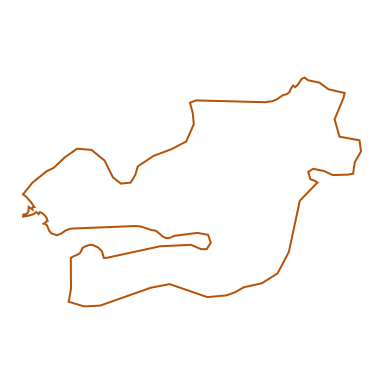 map outline of Kocaeli (Natural Earth projection)
{"feature_id": "TUR-2266", "entity_name": "Kocaeli", "entity_type": "Province", "adm_level": 1, "iso_a3": "TUR", "parent_name": "Turkey", "parent_adm1": "", "projection": "natural_earth1", "projection_center": [29.739, 40.883], "detail": "fine", "context": "isolated", "style": "outline", "palette": "amber", "viewbox_px": 384, "rotation_deg": 0, "n_neighbors": 0, "source": "natural_earth", "source_scale": "10m", "svg_char_len": 1652}
<svg xmlns="http://www.w3.org/2000/svg" viewBox="0 0 384 384"><path d="M195.8,100.4L264.8,102.2L272.5,101.2L276.6,99.5L283.0,95.1L286.7,94.2L289.3,92.2L291.2,88.2L293.1,85.5L295.2,87.2L298.2,84.3L301.5,79.0L304.6,77.6L308.2,80.3L319.4,82.6L328.5,89.3L344.7,93.0L343.4,98.2L334.6,119.3L339.5,136.7L359.5,140.3L361.0,151.5L354.8,162.1L353.1,173.7L348.2,174.6L332.8,175.1L324.0,171.0L313.1,168.8L308.2,171.9L310.4,179.4L314.2,180.5L317.5,182.5L299.8,200.7L288.9,251.8L277.7,273.2L261.8,283.3L243.7,287.3L235.2,292.2L226.4,295.4L207.3,297.1L169.6,284.1L150.9,287.7L100.1,305.6L84.1,306.4L68.7,301.8L71.0,288.7L70.8,257.9L73.4,256.3L76.8,255.0L79.9,253.3L81.2,250.8L82.2,248.3L84.8,246.5L87.9,245.4L90.8,244.8L93.5,245.3L98.0,247.4L102.0,251.4L103.8,257.9L106.9,257.8L159.9,246.3L191.1,244.8L201.1,249.2L206.7,249.1L210.8,242.7L208.1,234.8L197.4,232.9L175.2,235.7L173.4,236.2L171.4,237.2L169.0,238.0L165.9,238.0L162.8,236.6L157.3,231.8L155.6,230.7L151.2,230.0L141.6,226.7L136.0,226.0L70.9,228.6L65.9,230.3L61.5,233.4L57.0,235.3L51.3,233.3L49.0,230.4L47.8,227.2L46.5,224.6L43.7,223.7L44.7,223.0L45.4,222.3L46.3,221.6L47.6,221.1L46.5,217.7L44.8,215.3L42.6,213.5L39.9,212.0L38.7,214.1L36.2,212.0L33.9,214.0L30.7,215.1L23.2,216.7L23.3,214.5L25.9,214.2L27.7,212.9L28.6,210.5L28.7,207.0L31.4,208.7L32.5,209.6L32.3,208.1L32.5,207.4L33.2,207.1L34.3,207.0L31.3,202.6L25.8,196.4L23.0,194.4L32.4,182.7L46.8,171.1L53.6,167.9L65.1,157.1L77.1,148.7L91.5,149.9L104.5,160.5L112.9,177.3L120.9,183.6L130.7,182.6L135.4,174.7L137.8,166.4L153.7,155.8L171.2,149.3L186.2,141.5L193.8,124.2L192.8,113.3L190.0,102.8L195.8,100.4Z" fill="none" stroke="#b45309" stroke-width="2"/></svg>